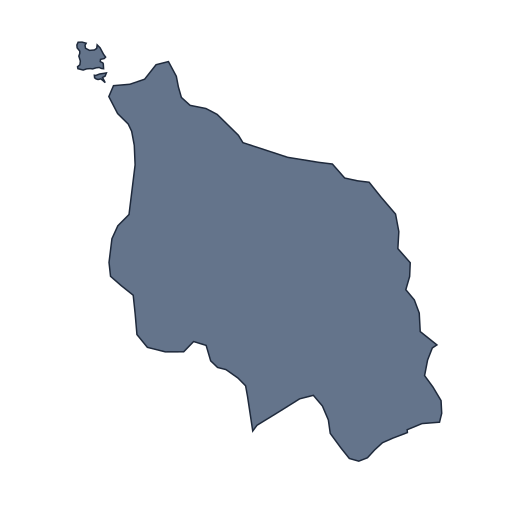 Dangjin-si, South Chungcheong, South Korea (Equal Earth projection), rotated 7°
{"feature_id": "91817680B720891985776", "entity_name": "Dangjin-si", "entity_type": "district", "adm_level": 2, "iso_a3": "KOR", "parent_name": "South Korea", "parent_adm1": "South Chungcheong", "projection": "equal_earth", "projection_center": [126.58, 36.905], "detail": "fine", "context": "isolated", "style": "filled", "palette": "slate", "viewbox_px": 512, "rotation_deg": 7, "n_neighbors": 0, "source": "geoboundaries", "source_scale": "gbopen_adm2", "svg_char_len": 1677}
<svg xmlns="http://www.w3.org/2000/svg" viewBox="0 0 512 512"><g transform="rotate(7 256 256)"><path d="M442.2,325.8L446.4,322.2L428.2,311.0L425.0,292.8L418.5,280.3L408.8,271.2L411.0,257.6L409.9,243.9L395.9,231.4L394.8,214.4L389.4,197.4L373.2,182.6L359.3,169.0L347.4,169.0L334.5,167.8L320.6,155.4L306.6,155.4L275.4,154.2L229.2,145.1L223.8,138.3L200.2,120.2L188.3,115.7L172.2,114.5L162.6,107.7L158.3,97.5L155.0,87.3L145.4,73.7L133.5,78.3L123.9,94.1L109.9,100.9L93.8,104.3L90.5,115.7L101.3,131.5L113.1,140.6L117.4,147.4L121.7,161.0L124.9,180.3L124.9,190.5L124.9,204.2L124.9,207.6L124.9,230.3L115.2,242.8L110.9,256.4L110.9,280.3L114.1,293.9L125.9,301.9L138.9,309.9L143.1,328.1L147.4,348.5L159.3,359.9L177.6,362.2L195.9,359.9L204.5,348.5L217.4,350.8L223.8,365.6L231.4,371.3L240.0,372.4L252.9,379.3L261.5,386.1L264.7,396.4L274.1,430.1L277.6,423.9L297.8,407.8L316.8,392.4L329.9,387.3L340.2,396.8L347.8,409.9L351.3,423.0L363.7,436.2L373.3,445.6L383.0,447.1L391.2,442.7L397.4,434.0L404.3,425.9L414.0,420.1L427.8,412.8L427.2,410.0L441.2,402.1L458.4,398.6L459.5,389.5L457.3,377.0L447.6,364.5L437.9,354.2L439.0,338.3L442.2,325.8ZM61.5,70.6L60.6,67.7L61.5,65.5L57.3,64.9L53.4,65.5L52.5,68.4L53.1,71.2L56.1,74.1L56.4,76.3L55.8,79.2L57.9,83.9L57.9,87.7L55.8,89.9L56.4,91.8L61.8,92.5L65.1,90.9L68.7,90.2L71.1,90.2L74.4,88.7L77.4,88.0L79.8,88.7L81.9,88.7L81.0,83.9L80.4,83.0L77.7,82.0L77.7,79.8L81.3,78.5L82.5,76.9L80.1,74.4L75.9,68.4L72.6,65.8L72.6,69.3L70.5,71.2L65.7,72.2L61.5,70.6ZM81.9,97.5L84.3,95.9L85.2,92.5L82.2,93.4L78.6,94.4L75.0,96.3L73.5,96.3L74.1,98.8L75.6,99.7L77.7,100.1L80.4,99.1L82.5,100.4L85.2,102.3L81.9,97.5Z" fill="#64748b" stroke="#1e293b" stroke-width="1.5"/></g></svg>